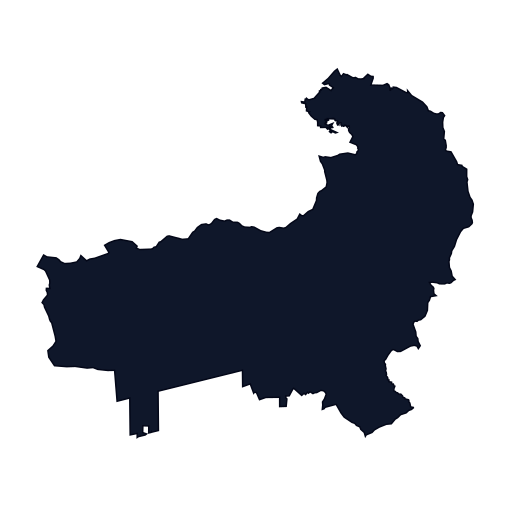 outline of Moldovenesti, Cluj, Romania, rotated 178°
{"feature_id": "2599482B7111939977002", "entity_name": "Moldovenesti", "entity_type": "district", "adm_level": 2, "iso_a3": "ROU", "parent_name": "Romania", "parent_adm1": "Cluj", "projection": "albers", "projection_center": [23.672, 46.466], "detail": "fine", "context": "isolated", "style": "filled", "palette": "ink", "viewbox_px": 512, "rotation_deg": 178, "n_neighbors": 0, "source": "geoboundaries", "source_scale": "gbopen_adm2", "svg_char_len": 6021}
<svg xmlns="http://www.w3.org/2000/svg" viewBox="0 0 512 512"><g transform="rotate(178 256 256)"><path d="M205.2,408.7L205.0,407.5L201.0,406.4L201.0,403.0L200.1,403.0L200.5,399.3L197.4,398.2L198.3,397.3L195.9,393.9L192.4,390.6L190.3,390.2L189.7,387.8L189.8,384.1L186.8,383.7L186.9,382.2L181.6,382.1L179.7,379.8L180.5,381.7L180.2,381.9L177.1,378.8L178.2,377.7L176.7,376.5L176.2,376.8L177.2,378.2L176.7,378.6L172.4,376.2L170.9,376.6L176.7,379.5L178.1,381.6L178.3,382.4L178.0,383.0L177.4,381.9L177.2,382.3L176.6,381.5L176.1,381.7L176.6,382.5L176.3,383.0L174.3,381.3L175.5,382.8L175.8,384.0L174.7,385.8L179.4,384.1L182.2,385.3L182.4,385.9L181.9,386.8L181.8,386.4L181.3,386.9L180.6,386.0L180.9,386.7L180.2,387.0L181.1,387.0L181.2,387.8L180.1,388.7L181.5,388.7L182.2,389.4L182.1,390.0L180.2,390.2L180.6,389.6L179.7,388.8L178.2,389.6L179.7,389.6L179.2,390.5L179.4,390.8L173.7,390.3L174.2,390.8L173.4,390.8L172.2,389.7L172.4,389.1L172.0,388.5L169.6,388.0L169.5,387.4L170.6,386.1L169.9,384.2L169.1,384.7L168.6,384.2L168.3,385.8L167.2,386.2L166.3,385.9L166.6,384.1L165.7,382.8L164.8,383.4L164.1,382.6L163.3,382.8L163.0,383.6L162.3,383.7L160.3,381.6L160.5,382.9L158.7,382.0L158.6,383.6L158.2,380.9L159.0,379.3L159.0,378.1L158.1,376.2L156.0,374.1L155.0,372.0L158.1,366.4L151.8,363.7L150.2,361.3L150.6,360.3L150.0,359.4L150.2,357.7L151.5,356.5L151.7,354.8L153.3,353.7L160.6,355.7L168.8,354.8L170.8,353.6L177.7,351.7L183.3,352.7L185.4,352.2L189.4,353.6L188.2,348.3L186.5,345.8L184.3,339.4L184.4,338.0L182.5,329.2L182.4,326.8L183.4,322.6L188.1,319.1L190.0,318.3L191.9,316.4L193.4,312.0L193.6,309.3L197.6,300.6L202.2,298.6L207.2,294.5L208.9,294.7L210.8,296.3L213.5,291.5L220.4,287.2L225.1,283.4L227.4,282.8L231.8,283.7L234.1,283.4L241.7,279.0L244.8,279.3L250.5,281.1L256.9,284.9L259.5,285.4L261.0,284.8L266.4,285.3L269.1,286.6L271.4,289.1L273.3,290.3L277.9,290.5L281.2,292.8L283.7,292.9L286.2,291.9L291.0,293.1L294.1,294.8L296.1,293.9L299.0,290.4L300.6,289.2L302.5,288.7L304.8,289.8L309.4,289.3L313.6,286.5L316.4,283.0L318.4,281.9L323.1,275.5L329.1,275.2L342.1,279.1L344.1,278.8L350.6,273.6L352.2,273.2L355.4,268.7L357.6,268.3L359.1,266.9L360.8,266.5L372.1,266.5L375.4,268.1L374.5,270.0L379.3,274.6L390.9,277.2L396.8,276.3L402.2,274.5L406.9,272.0L402.8,264.6L403.8,263.6L417.1,259.4L422.2,258.7L425.5,257.1L431.0,262.5L432.2,259.7L435.3,256.3L441.8,255.2L447.6,255.1L451.5,257.1L453.2,259.2L455.8,261.1L465.0,262.4L468.2,264.4L475.0,253.1L468.2,249.8L466.8,248.3L463.0,239.2L463.0,236.1L463.6,234.2L463.1,230.8L466.6,231.0L466.8,229.1L465.8,226.8L465.7,224.2L469.9,219.6L471.4,216.9L469.6,214.9L469.1,212.2L465.2,203.2L464.4,199.6L463.5,197.5L462.6,196.9L459.5,182.9L458.8,177.7L462.0,173.1L467.3,168.7L466.6,162.1L461.2,153.4L449.1,152.0L440.6,152.0L428.7,149.9L422.7,150.2L418.1,148.2L408.1,146.8L401.3,146.7L399.9,115.7L387.1,118.5L388.0,81.6L380.9,82.8L381.1,78.8L379.8,79.6L373.0,81.0L371.6,82.0L375.4,83.5L375.0,90.3L369.1,89.9L369.4,82.9L367.2,83.3L366.5,84.2L366.3,83.6L359.6,85.0L358.6,124.3L273.5,142.3L273.9,125.9L266.2,128.4L263.1,119.0L262.6,119.7L260.8,119.8L260.1,119.0L257.5,112.3L251.1,114.3L237.3,114.0L237.6,104.7L231.1,104.7L230.1,112.1L231.2,113.4L231.1,115.0L227.7,115.1L224.1,121.3L222.9,122.5L215.2,115.1L212.8,117.1L211.3,115.8L209.3,118.0L208.3,117.1L206.7,118.4L203.9,116.5L202.1,117.3L200.1,117.4L196.0,119.4L193.2,119.0L191.4,117.2L190.6,115.5L192.6,110.7L194.6,107.8L194.5,104.7L195.1,100.4L193.3,101.0L192.2,102.4L181.1,105.0L176.5,96.2L173.5,91.9L165.9,86.4L163.1,85.3L161.5,83.2L158.2,81.6L157.3,79.1L154.0,75.9L153.0,72.0L152.1,73.4L146.2,75.6L143.7,78.1L138.8,80.7L131.6,83.3L126.6,83.6L122.6,88.1L120.1,89.5L117.0,92.4L111.4,94.0L108.8,96.3L106.0,97.2L104.0,98.8L104.1,99.2L106.7,99.8L107.4,103.7L108.4,105.1L108.3,106.5L108.6,107.0L112.0,108.0L112.3,109.0L114.2,109.8L114.4,111.0L116.1,112.9L118.3,113.0L119.2,114.3L120.6,114.6L121.5,115.7L123.0,116.5L122.8,118.6L121.8,121.0L122.5,121.2L123.2,123.2L123.9,123.0L124.8,123.9L124.9,125.2L127.4,125.7L127.7,126.3L127.4,127.4L128.9,127.9L128.5,129.0L128.8,130.2L130.3,132.2L129.7,133.1L129.9,135.1L130.6,136.7L130.0,138.7L130.6,142.0L130.4,143.3L131.4,144.5L131.7,147.0L130.2,148.0L127.5,152.4L124.3,156.5L122.6,157.7L121.3,157.5L118.0,155.6L114.9,155.6L104.8,160.6L101.0,161.2L98.3,160.4L97.0,157.8L95.0,160.6L97.0,164.9L97.2,167.8L98.8,170.2L99.0,174.5L101.5,182.4L100.4,184.7L99.3,185.4L97.3,185.1L96.0,186.2L93.6,186.6L89.2,190.0L86.6,195.7L86.0,203.4L84.3,205.7L83.0,209.3L77.4,210.1L79.5,212.0L79.8,215.7L79.4,217.3L79.9,218.6L82.2,220.8L83.6,223.5L80.7,223.7L75.8,222.9L73.6,221.8L68.3,221.6L66.2,222.5L63.6,222.0L62.1,222.5L59.6,224.7L57.8,225.5L60.7,229.0L61.5,234.2L63.1,237.7L63.4,243.7L62.8,245.5L62.8,247.4L60.7,251.6L60.2,254.4L57.4,258.6L55.0,265.5L50.7,273.2L47.8,276.4L42.4,277.8L39.1,280.7L38.6,281.8L38.8,284.3L39.7,286.6L39.7,288.6L38.0,292.5L37.0,300.2L38.2,304.3L40.1,307.2L41.9,313.2L42.6,322.6L41.8,324.9L42.7,328.0L42.4,335.4L46.8,338.3L47.1,339.4L51.4,340.3L52.2,343.2L57.5,353.3L62.1,354.2L63.0,355.5L62.2,357.7L62.1,359.8L62.8,365.1L64.0,365.9L64.3,366.7L63.4,373.9L64.8,377.8L64.8,383.3L63.9,387.9L62.6,389.7L64.7,392.7L66.4,393.0L68.6,391.6L70.6,391.6L73.4,392.4L76.6,394.6L78.7,395.2L80.0,399.1L84.2,404.0L94.9,410.9L98.7,415.9L98.6,413.9L100.2,414.0L109.8,419.5L112.9,420.0L112.9,419.2L113.9,418.4L114.4,419.1L115.1,419.0L115.5,417.8L115.8,418.4L116.2,416.4L116.4,419.8L117.1,421.7L118.4,422.5L117.8,422.8L119.0,423.7L123.1,422.1L135.3,422.8L132.7,429.6L132.7,431.3L135.0,431.6L137.9,433.7L141.9,430.2L141.8,429.6L144.7,429.2L147.7,429.4L150.4,431.0L152.0,430.6L153.5,431.0L158.6,434.1L158.9,433.7L162.2,435.1L164.4,432.4L165.7,433.9L168.3,440.0L171.1,437.9L177.6,430.9L183.4,426.4L181.6,424.9L177.5,425.8L176.7,425.3L176.6,424.3L172.9,421.6L175.2,418.7L180.1,422.1L183.6,421.6L184.0,421.5L184.1,420.4L185.4,420.1L185.3,419.4L186.9,418.6L186.6,417.6L191.8,412.2L191.7,411.7L197.2,410.3L198.5,410.5L200.1,411.9L200.5,411.1L201.3,411.1L201.9,408.1L205.2,408.7Z" fill="#0f172a" stroke="#020617" stroke-width="1.5"/></g></svg>